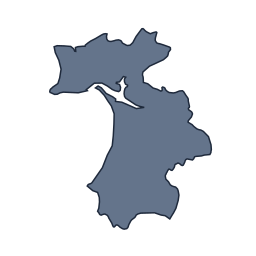 Setúbal, Robinson projection, rotated 9°
{"feature_id": "PRT-5498", "entity_name": "Setúbal", "entity_type": "District", "adm_level": 1, "iso_a3": "PRT", "parent_name": "Portugal", "parent_adm1": "", "projection": "robinson", "projection_center": [-8.638, 38.295], "detail": "fine", "context": "isolated", "style": "filled", "palette": "slate", "viewbox_px": 256, "rotation_deg": 9, "n_neighbors": 0, "source": "natural_earth", "source_scale": "10m", "svg_char_len": 3427}
<svg xmlns="http://www.w3.org/2000/svg" viewBox="0 0 256 256"><g transform="rotate(9 128 128)"><path d="M111.0,215.0L111.7,211.7L111.4,205.5L110.5,201.1L108.1,196.4L103.0,195.4L96.8,191.7L97.5,190.1L98.5,189.4L99.7,188.9L100.9,187.8L108.9,171.3L111.8,158.1L115.2,148.1L114.7,138.2L113.5,126.4L112.1,116.1L108.1,108.8L104.2,104.8L99.4,99.4L93.8,95.0L89.6,93.5L91.9,91.2L95.4,92.5L101.0,97.3L108.0,99.6L111.3,101.3L111.5,103.7L117.9,103.5L133.2,107.5L140.8,105.1L136.3,104.8L132.3,104.0L121.1,98.9L119.7,97.4L118.8,94.8L118.6,92.2L118.8,89.9L119.6,88.1L120.9,87.2L120.9,85.8L118.7,85.1L117.3,82.9L116.8,80.3L117.8,78.2L115.4,77.9L112.4,83.8L109.4,84.7L109.4,85.8L112.8,86.3L114.3,89.0L114.4,92.0L113.1,93.5L109.4,93.2L106.4,92.4L101.0,89.7L95.2,87.7L87.7,89.0L80.8,96.6L82.0,97.5L73.4,101.0L58.5,102.7L55.4,103.9L52.9,105.7L50.2,106.3L46.2,105.2L45.5,105.1L45.0,104.1L45.1,102.7L45.5,101.6L46.1,101.1L47.2,99.5L51.8,95.1L52.7,89.2L52.7,80.4L49.1,71.9L44.4,64.9L42.3,59.3L45.1,57.8L52.2,56.9L58.7,56.4L61.9,58.3L63.4,60.5L64.4,60.5L63.5,56.7L65.8,55.5L70.6,54.3L72.8,54.0L72.8,52.9L75.1,50.3L77.6,47.9L82.0,44.7L87.4,40.2L88.0,39.8L88.9,39.1L89.6,38.8L91.3,38.3L92.6,38.4L92.4,40.8L93.1,43.5L94.4,44.9L95.9,45.3L97.7,45.2L100.8,43.9L102.4,43.1L104.9,42.4L106.7,42.7L107.8,43.2L109.2,45.0L113.6,46.5L114.6,46.6L117.2,45.8L119.4,42.9L119.9,41.4L121.7,36.3L126.1,27.9L127.2,27.5L128.3,28.1L129.2,28.9L131.0,30.0L135.2,31.4L138.1,29.8L140.7,28.7L141.5,29.1L141.5,30.0L141.3,31.4L141.2,32.8L141.0,34.1L141.0,35.8L141.2,37.3L142.9,39.4L144.6,39.8L146.0,39.8L150.0,40.4L156.4,41.6L157.3,42.1L157.7,44.0L156.1,46.9L156.2,48.2L155.9,50.5L154.7,52.2L152.3,55.0L139.5,63.6L134.0,70.3L133.9,71.7L134.0,73.5L134.7,74.7L135.2,76.2L136.1,80.6L140.6,81.2L146.5,84.6L150.9,85.2L154.6,86.4L155.6,85.9L155.8,84.9L155.5,83.7L155.2,82.8L155.8,82.1L157.2,82.3L158.3,82.9L158.8,83.9L159.7,84.8L161.1,85.7L163.0,86.5L167.3,86.3L169.5,85.5L173.0,83.4L175.9,82.7L177.2,83.4L180.2,86.8L182.2,88.8L182.9,89.9L183.0,90.0L183.1,90.7L183.3,91.9L185.3,97.0L185.3,98.1L184.7,98.7L184.6,99.7L185.4,100.7L187.6,101.7L188.7,102.5L189.5,104.0L188.9,107.2L186.4,111.4L186.4,112.8L187.4,113.3L190.7,114.6L192.8,116.2L196.0,118.0L197.4,118.4L198.8,118.6L200.2,118.6L203.0,119.6L208.8,123.9L212.6,131.6L213.7,136.3L213.6,138.0L213.7,139.3L213.0,141.4L207.6,142.8L204.9,144.1L199.6,145.4L198.3,146.0L197.7,148.1L196.7,149.5L191.2,149.3L190.1,150.1L189.6,151.3L189.4,152.8L188.4,156.0L187.4,156.6L186.1,156.2L185.0,155.4L183.5,154.8L182.4,155.0L181.5,155.9L180.5,156.3L180.1,157.1L180.0,157.9L180.0,158.8L179.8,159.7L179.1,161.5L178.7,162.1L178.2,162.9L177.4,163.0L176.5,162.7L175.7,162.2L174.7,162.3L173.8,164.0L173.5,165.3L173.0,166.4L172.8,167.5L172.3,168.7L172.4,169.8L172.7,170.7L173.4,172.6L176.4,174.8L178.6,177.5L180.6,178.4L182.3,178.7L184.3,178.9L186.4,180.5L187.4,182.3L188.8,186.3L188.9,191.6L187.9,199.8L186.2,204.8L185.6,206.1L183.5,211.3L178.9,209.0L178.3,208.8L174.3,208.8L167.5,207.6L153.9,210.1L151.2,211.4L149.7,212.7L149.3,214.0L148.7,215.3L146.1,218.0L145.3,219.3L143.9,223.4L143.7,224.9L143.4,226.3L142.5,227.6L140.0,228.5L138.3,228.3L135.6,227.2L134.5,226.4L133.3,225.7L132.1,225.5L131.1,226.0L130.6,227.0L130.0,227.8L129.1,227.9L128.3,227.0L126.9,224.5L123.0,219.8L122.5,218.8L121.3,217.5L118.7,216.6L117.6,216.9L116.3,217.5L115.3,218.2L114.2,218.1L113.4,217.6L112.5,216.4L111.0,215.0Z" fill="#64748b" stroke="#1e293b" stroke-width="1.5"/></g></svg>